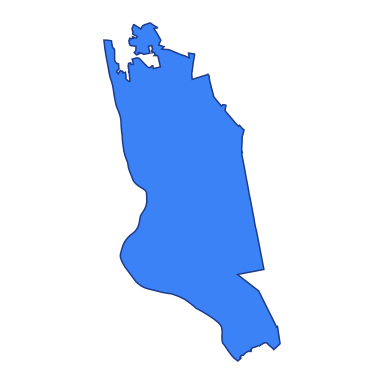 Jersikas pag., Livanu, Latvia
{"feature_id": "27541924B79082278774679", "entity_name": "Jersikas pag.", "entity_type": "district", "adm_level": 2, "iso_a3": "LVA", "parent_name": "Latvia", "parent_adm1": "Livanu", "projection": "mercator", "projection_center": [26.237, 56.273], "detail": "fine", "context": "isolated", "style": "filled", "palette": "blue", "viewbox_px": 384, "rotation_deg": 0, "n_neighbors": 0, "source": "geoboundaries", "source_scale": "gbopen_adm2", "svg_char_len": 5513}
<svg xmlns="http://www.w3.org/2000/svg" viewBox="0 0 384 384"><path d="M134.0,24.6L133.6,24.7L133.0,26.3L132.0,28.6L132.2,29.5L132.6,31.0L132.8,31.4L133.0,32.0L132.8,33.3L132.8,34.0L133.3,34.4L133.8,34.6L137.4,36.5L136.4,38.0L135.4,38.0L133.0,36.6L132.4,37.0L132.5,37.3L132.6,37.7L132.9,37.7L133.0,38.5L131.3,38.7L129.8,38.2L129.4,38.8L129.7,40.1L128.9,40.4L129.1,41.7L129.2,41.8L129.2,43.7L129.9,44.3L130.1,44.8L130.1,45.3L131.5,45.6L131.5,45.8L131.9,45.8L133.2,45.9L136.0,46.3L135.8,50.9L135.7,50.9L134.2,52.6L135.2,53.6L136.4,54.9L137.9,54.4L139.0,53.8L138.4,53.3L138.3,53.0L138.4,52.7L138.6,52.5L138.8,52.4L139.1,52.5L139.3,52.7L139.4,53.0L139.7,53.3L140.9,53.3L141.5,53.1L143.6,54.3L149.7,53.2L149.9,52.9L148.4,46.4L151.7,45.5L152.4,48.8L152.6,48.9L151.4,51.1L152.6,51.8L152.0,52.8L154.3,52.5L154.7,52.8L154.9,53.6L155.2,54.9L154.6,55.0L154.2,55.5L155.7,55.3L155.8,55.7L157.2,55.4L157.9,56.2L158.1,56.6L158.2,57.2L160.4,66.9L153.4,68.6L152.8,65.7L152.0,65.9L151.1,66.7L151.1,67.1L149.9,67.4L149.9,67.5L149.0,67.6L148.4,67.6L148.2,67.5L145.4,64.6L145.1,64.4L144.7,64.1L143.4,62.7L143.0,62.3L139.1,58.2L138.0,58.1L136.8,57.9L136.2,57.9L134.5,58.5L133.4,58.8L132.1,59.2L133.2,62.8L133.3,64.4L131.0,64.5L130.8,62.9L129.0,63.1L128.4,63.7L128.4,64.4L128.4,65.3L128.5,66.2L128.2,66.2L128.4,68.2L128.7,68.2L128.9,70.3L129.0,71.1L128.6,71.1L128.7,72.2L129.1,72.1L129.7,79.0L129.7,79.8L129.9,81.4L129.5,81.4L129.0,81.4L128.7,81.3L128.5,81.2L126.7,79.7L126.0,79.0L126.0,76.5L126.0,75.7L125.4,72.3L124.8,72.5L123.5,72.8L123.1,72.8L122.8,72.7L122.9,71.6L122.2,71.1L121.6,71.4L120.3,70.5L119.2,72.1L119.1,72.3L118.4,73.7L117.9,73.1L117.4,72.8L117.0,72.3L116.7,71.6L116.7,71.2L117.8,70.1L118.6,69.3L119.0,69.0L118.9,68.2L118.8,66.7L118.6,64.9L118.6,64.2L118.6,63.9L117.2,63.5L116.7,63.2L115.9,62.7L115.4,61.8L114.9,61.0L114.7,60.2L114.6,58.0L114.6,50.7L114.5,50.2L114.1,48.7L113.8,48.7L113.4,48.4L113.1,48.1L112.8,47.3L112.5,46.8L112.4,46.7L112.4,46.4L112.2,46.4L112.2,45.8L111.9,43.9L111.4,40.8L109.1,40.4L107.9,40.3L107.7,40.2L103.9,40.1L104.4,44.1L104.7,47.4L105.7,53.9L106.6,59.1L108.0,66.2L109.1,72.9L110.3,78.0L111.5,81.5L112.5,85.0L113.4,90.1L113.9,93.8L115.2,100.9L115.9,104.4L116.6,106.7L118.4,111.0L120.0,115.7L120.6,118.2L120.9,120.4L121.2,126.6L121.5,130.4L122.1,135.1L122.5,141.2L123.3,147.2L123.9,151.2L125.1,155.9L126.7,160.2L127.5,162.1L128.0,164.6L128.5,167.9L129.5,171.0L131.8,176.7L132.6,179.0L133.7,181.4L136.1,184.0L138.6,186.0L142.6,188.5L145.0,190.2L146.0,191.5L146.5,192.7L146.6,194.7L146.7,198.7L146.8,201.9L146.0,206.0L145.0,208.4L143.1,211.8L141.8,213.6L140.7,215.4L140.4,216.2L139.8,219.4L139.2,223.0L138.1,226.7L136.7,229.2L134.9,231.5L133.9,232.4L130.1,235.4L128.5,236.9L127.2,238.5L125.8,240.1L124.1,242.9L122.9,245.6L121.8,249.1L120.5,253.9L120.3,256.4L120.8,258.5L121.7,261.0L124.8,266.7L133.0,277.7L135.8,281.5L138.1,283.7L140.9,285.7L143.9,287.4L146.6,288.4L162.3,292.4L168.8,293.5L171.6,293.8L178.7,296.4L184.7,299.3L189.0,302.4L193.9,306.2L195.7,308.0L201.6,311.2L208.1,315.1L212.7,318.2L216.4,321.0L218.8,323.0L220.4,324.9L221.5,327.0L222.0,329.7L222.2,332.5L221.9,335.6L222.0,338.6L222.1,340.7L222.6,342.9L225.3,346.5L227.8,350.2L231.3,355.0L233.8,357.9L237.9,361.0L239.5,359.5L239.9,359.2L240.9,358.4L240.8,357.8L240.6,357.6L240.3,357.8L240.0,357.7L240.2,356.7L240.7,356.4L240.9,356.4L241.0,355.7L241.4,355.3L242.5,355.4L243.1,355.3L243.5,355.0L244.1,354.5L245.1,353.2L245.8,352.8L247.0,351.9L248.4,351.4L249.2,351.1L249.3,351.1L249.7,351.4L250.3,351.1L250.6,351.0L250.4,351.4L250.5,351.5L250.8,351.5L250.9,351.4L250.9,351.1L251.2,351.1L251.3,351.0L251.1,350.6L251.1,350.4L251.0,350.1L250.8,350.1L250.8,349.9L250.9,349.7L251.1,349.7L251.1,349.4L251.3,349.2L251.5,349.1L251.6,348.9L251.7,348.7L251.8,348.4L251.8,348.2L252.0,348.1L252.1,347.8L254.2,347.3L255.9,346.8L258.2,345.7L259.5,345.9L259.9,345.6L260.8,344.7L261.4,344.6L261.5,344.6L264.1,342.8L264.6,343.0L265.1,342.8L266.1,342.9L266.9,342.9L267.3,343.2L267.6,343.5L268.0,344.2L268.5,344.8L272.3,347.9L273.8,349.6L280.1,343.7L278.6,333.8L277.5,326.5L276.5,327.1L276.5,326.8L270.9,315.5L267.4,308.6L258.7,291.0L237.5,274.5L263.9,269.4L256.9,233.1L256.8,232.9L256.3,230.3L255.8,228.6L255.6,227.6L254.6,222.6L254.1,219.3L253.4,215.6L252.4,210.4L252.0,208.1L251.7,206.6L250.2,198.7L250.0,198.0L249.9,197.5L249.3,194.5L249.1,193.5L249.0,193.2L248.9,192.8L248.9,192.7L248.9,192.1L247.7,185.6L246.0,176.8L245.9,176.2L245.8,175.9L245.3,172.5L243.0,160.4L242.4,157.3L242.1,156.1L242.0,155.4L241.9,154.3L241.7,152.0L242.2,152.2L241.8,150.6L241.7,149.6L241.7,148.5L242.1,141.6L242.2,137.9L242.0,137.4L242.1,136.9L242.2,136.7L244.1,130.0L242.3,128.5L239.5,125.3L238.6,126.2L237.2,124.9L236.2,123.9L235.0,122.6L231.6,118.4L231.4,118.2L226.2,112.2L225.0,110.5L225.0,110.1L225.6,107.4L226.0,105.4L225.8,105.1L222.8,104.6L221.4,106.1L217.1,101.0L213.7,96.7L213.8,96.7L212.8,92.8L212.2,90.7L212.2,90.3L212.0,89.7L211.6,88.1L211.3,87.8L211.4,87.7L211.0,85.7L210.0,82.0L209.5,79.7L209.1,76.0L207.9,74.2L207.2,74.7L192.2,79.4L191.7,73.5L192.1,71.5L193.0,64.7L193.3,62.5L193.5,61.3L194.6,54.5L194.2,53.9L194.1,54.0L188.5,53.1L189.3,57.9L184.6,55.8L180.8,54.6L168.8,49.6L161.8,49.2L164.0,46.7L158.7,45.0L160.3,41.3L160.8,40.2L160.0,38.7L159.6,38.0L159.4,37.6L157.7,34.6L156.6,32.7L153.9,28.6L157.2,27.9L157.5,27.8L157.5,27.7L157.0,27.3L152.7,24.7L150.6,23.1L149.6,23.0L149.2,23.1L144.8,24.8L144.8,24.7L142.8,25.6L141.5,27.8L141.4,27.7L141.0,28.6L140.8,29.1L139.2,28.0L138.8,27.6L134.0,24.6Z" fill="#3b82f6" stroke="#1e3a8a" stroke-width="1.5"/></svg>